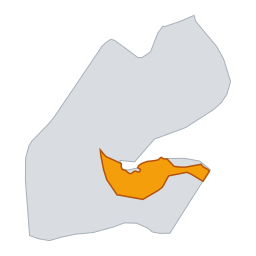 where Arta sits in Djibouti
{"feature_id": "DJI-1568", "entity_name": "Arta", "entity_type": "Region", "adm_level": 1, "iso_a3": "DJI", "parent_name": "Djibouti", "parent_adm1": "", "projection": "mercator", "projection_center": [42.782, 11.46], "detail": "fine", "context": "in_parent", "style": "filled", "palette": "amber", "viewbox_px": 256, "rotation_deg": 0, "n_neighbors": 0, "source": "natural_earth", "source_scale": "10m", "svg_char_len": 1468}
<svg xmlns="http://www.w3.org/2000/svg" viewBox="0 0 256 256"><path d="M210.2,169.6L199.4,186.6L185.6,208.4L169.9,233.2L160.1,233.4L152.4,232.0L147.2,227.8L136.5,223.2L124.3,222.9L112.8,227.2L93.2,232.5L75.5,234.2L61.3,237.2L49.4,240.6L38.8,238.8L29.6,235.6L27.6,209.3L25.4,180.6L25.6,158.2L28.9,145.9L31.8,141.1L48.5,124.0L54.2,117.0L73.4,88.7L89.7,64.5L102.0,46.3L105.7,42.7L110.9,39.3L114.6,40.3L138.3,57.8L142.5,57.3L150.5,51.9L157.7,33.2L162.8,26.3L164.9,26.5L180.2,21.3L194.0,15.4L195.8,21.5L216.7,46.6L223.6,59.0L230.6,81.6L226.9,94.2L221.5,102.4L213.4,109.7L185.5,127.6L154.4,139.1L134.6,161.9L119.8,160.4L122.1,169.0L127.6,170.0L136.2,168.3L153.3,161.7L168.5,158.5L184.8,158.3L199.7,161.1L210.2,169.6Z" fill="#d9dde1" stroke="#a8b0b8" stroke-width="1"/><path d="M209.5,171.1L203.0,181.3L190.7,173.9L186.8,172.3L168.6,175.9L162.6,186.9L158.7,190.1L142.9,199.4L117.0,194.8L106.8,179.7L103.6,169.6L100.8,155.2L100.3,149.9L104.7,155.3L106.6,156.9L121.2,163.5L121.2,166.6L122.0,169.2L126.1,170.8L128.5,173.1L130.1,173.7L131.8,173.3L133.8,171.5L135.2,171.1L136.3,171.3L137.4,171.9L138.6,172.1L139.8,171.5L140.5,169.9L139.7,168.9L138.4,168.3L137.7,167.6L138.8,165.5L141.3,163.7L147.0,161.5L155.5,160.5L158.2,159.8L159.5,158.8L160.5,157.7L161.5,157.4L162.9,158.4L163.9,158.9L167.1,158.9L167.3,159.2L174.1,166.4L181.2,167.2L185.8,167.1L200.6,164.4L201.1,164.2L202.4,166.2L203.8,167.2L207.7,169.3L209.5,171.1Z" fill="#f59e0b" stroke="#b45309" stroke-width="1.5"/></svg>